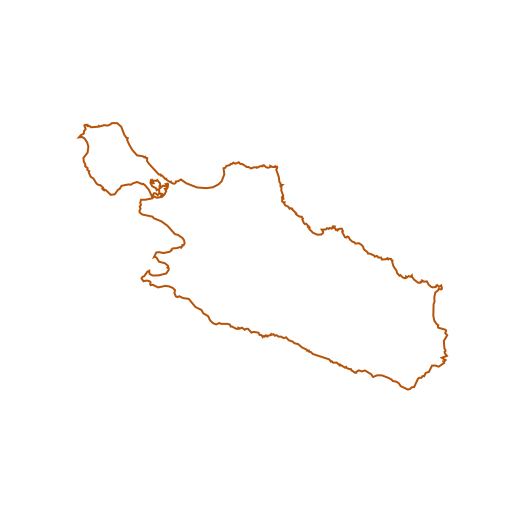 the district of Kangaroo Island, South Australia, Australia, rotated 215°
{"feature_id": "25037944B21501160534360", "entity_name": "Kangaroo Island", "entity_type": "district", "adm_level": 2, "iso_a3": "AUS", "parent_name": "Australia", "parent_adm1": "South Australia", "projection": "albers", "projection_center": [137.321, -35.824], "detail": "fine", "context": "isolated", "style": "outline", "palette": "amber", "viewbox_px": 512, "rotation_deg": 215, "n_neighbors": 0, "source": "geoboundaries", "source_scale": "gbopen_adm2", "svg_char_len": 6106}
<svg xmlns="http://www.w3.org/2000/svg" viewBox="0 0 512 512"><g transform="rotate(215 256 256)"><path d="M416.5,223.8L410.1,222.8L407.1,225.5L407.0,231.4L406.2,232.5L406.4,236.4L401.5,241.5L399.4,242.6L398.5,244.9L395.9,248.4L390.4,249.6L389.9,250.4L387.5,250.3L381.7,248.8L375.4,245.1L375.5,249.0L374.2,249.7L371.4,249.5L371.3,251.3L370.2,252.2L371.5,252.3L373.5,254.9L374.6,254.3L375.1,253.0L376.8,254.2L381.0,253.6L384.3,255.3L385.4,257.6L384.8,257.6L384.8,258.7L382.8,257.9L383.2,258.9L380.8,260.4L380.5,261.6L376.3,260.4L374.0,257.8L373.0,258.5L372.4,260.4L369.1,261.4L369.4,262.5L371.2,263.1L370.1,264.5L369.2,264.5L367.7,261.6L367.6,259.8L369.0,258.7L366.8,257.7L366.3,254.0L366.9,250.5L370.7,246.8L374.1,246.2L373.9,243.9L378.8,238.7L382.4,236.2L381.4,233.2L379.6,232.0L379.5,229.6L377.8,228.7L377.3,226.1L376.3,225.0L373.1,224.7L363.5,228.8L361.1,228.3L353.6,230.1L346.0,230.0L334.9,227.4L332.2,228.5L326.6,228.6L323.9,227.6L321.7,225.4L321.5,223.8L323.2,221.9L321.9,222.5L322.1,219.8L323.4,219.8L325.2,217.2L328.6,214.4L329.0,212.9L328.4,212.2L329.3,209.8L333.5,205.3L337.4,203.7L339.7,201.7L338.9,196.6L338.3,197.5L336.5,197.6L332.2,195.7L326.5,197.8L322.5,197.5L321.7,196.6L321.8,195.7L320.5,195.9L319.6,194.5L319.5,190.2L324.7,184.2L329.6,180.7L332.9,180.3L335.0,182.7L336.0,180.7L336.0,175.4L337.0,173.7L336.9,171.9L333.7,170.8L331.2,173.4L328.4,174.3L327.3,174.0L326.5,172.2L325.6,171.7L324.0,173.2L318.2,174.1L313.2,179.4L309.9,181.2L305.9,182.1L302.8,181.6L301.6,178.9L298.4,176.9L296.8,177.3L295.8,179.0L291.6,179.7L286.5,182.3L276.4,179.5L269.7,180.5L266.3,178.8L260.8,179.3L256.6,176.9L252.6,176.3L249.4,177.1L247.6,180.1L245.9,180.3L240.3,184.1L238.1,184.8L236.2,183.7L235.5,184.4L230.3,185.1L228.5,186.4L229.2,187.1L227.4,187.6L226.5,189.2L222.9,189.1L222.4,190.6L220.8,191.8L215.8,190.6L214.4,192.5L210.0,194.6L207.9,193.4L206.3,194.3L204.0,193.5L204.1,194.4L202.9,194.8L203.2,195.4L202.0,196.0L202.2,196.7L200.4,196.7L200.5,197.7L198.5,199.6L198.8,200.8L197.7,200.8L196.8,202.0L194.9,201.5L193.8,202.9L191.2,202.9L189.3,204.3L186.0,204.7L184.8,206.6L180.8,205.8L176.8,206.9L174.4,206.6L171.0,208.0L165.7,207.5L160.6,208.4L159.7,207.7L158.4,208.9L157.7,208.1L155.8,208.8L153.3,208.3L136.8,213.3L133.9,212.4L133.6,213.2L131.5,212.9L128.7,215.0L124.7,214.4L124.9,215.3L119.0,215.6L118.6,216.8L117.7,216.3L115.1,216.7L113.3,217.8L112.3,217.1L107.7,217.2L107.0,217.8L107.4,218.4L106.3,221.2L103.1,222.2L101.1,224.7L93.9,225.2L90.7,224.0L88.4,227.7L84.5,230.4L77.7,232.1L74.0,232.6L72.4,232.0L69.0,233.5L66.2,233.7L62.8,232.4L55.0,233.7L53.6,235.4L53.1,237.7L51.3,239.4L52.9,248.2L52.5,249.8L50.7,251.1L50.7,253.2L49.3,253.9L49.9,257.7L47.9,260.1L48.9,267.2L46.4,269.1L42.9,270.1L40.6,276.2L42.1,277.1L41.1,277.9L41.5,278.6L41.1,279.5L45.4,279.2L42.3,283.7L45.5,284.6L46.6,285.8L46.2,286.6L46.9,287.6L48.5,288.2L53.4,294.1L53.9,300.7L56.8,301.4L57.3,303.8L58.4,304.3L65.6,301.8L66.6,302.5L66.9,303.8L69.3,303.9L73.0,305.4L76.5,308.8L82.9,318.4L83.5,320.9L86.4,324.7L88.2,329.1L87.2,331.8L87.4,333.8L84.9,335.0L85.1,336.1L87.4,338.1L88.4,335.7L91.0,336.0L91.3,335.2L90.9,333.8L93.2,331.7L95.0,331.2L98.3,331.6L101.5,333.2L103.7,331.3L106.0,331.2L105.5,329.4L106.4,329.2L106.4,328.0L107.8,327.1L112.9,327.3L116.0,328.3L117.2,329.5L117.4,327.7L119.4,327.1L120.1,325.0L121.2,325.2L120.6,324.0L121.2,323.2L123.7,322.6L126.7,323.2L127.2,322.1L130.7,323.0L132.4,324.5L137.4,326.4L140.7,329.0L141.7,330.6L142.3,330.2L143.7,331.0L145.5,330.1L145.8,329.0L147.2,329.5L147.7,327.9L150.9,325.3L152.7,326.4L155.0,324.9L157.0,325.4L158.3,323.6L159.4,324.1L164.0,323.3L165.6,322.2L166.9,323.1L171.2,323.3L174.0,325.2L176.1,325.6L179.0,325.5L181.8,323.1L183.3,323.7L185.1,323.0L188.6,323.4L191.2,324.7L192.4,324.3L192.5,323.0L193.9,322.4L199.3,325.2L199.1,326.3L201.5,327.6L203.3,326.1L203.9,323.9L204.5,324.5L205.5,323.2L206.9,324.0L208.1,323.7L208.4,325.3L210.0,324.5L209.7,321.8L211.8,321.2L212.0,319.9L213.7,319.6L214.0,317.8L217.3,315.3L214.7,314.3L214.3,313.1L214.9,311.0L218.0,308.6L222.6,307.7L227.9,308.7L228.4,310.0L229.6,309.5L229.9,310.4L230.6,310.0L231.1,310.7L233.5,311.2L234.3,310.2L235.6,310.4L239.0,312.5L238.9,313.4L241.1,314.4L243.0,313.2L245.9,313.1L247.6,313.3L247.6,314.1L253.1,314.9L253.5,315.6L255.4,314.8L255.6,314.0L257.9,314.9L261.1,314.3L263.0,315.1L263.4,316.4L264.4,315.6L266.0,315.8L267.0,317.4L266.3,318.6L266.9,319.1L267.6,318.3L268.5,319.0L268.2,320.9L272.9,324.2L274.6,327.0L275.6,327.1L275.2,329.2L276.6,328.2L277.6,329.6L279.2,330.0L282.8,333.9L288.9,338.3L289.3,340.6L290.1,341.2L290.7,340.4L291.8,340.5L291.8,339.6L293.7,338.3L295.9,338.1L295.3,337.3L296.6,335.3L298.5,334.5L301.6,334.9L302.4,334.0L302.1,333.2L304.1,332.0L305.8,328.8L306.6,329.0L309.2,326.7L310.2,324.9L313.2,324.6L314.5,323.6L319.8,323.5L321.8,322.4L323.8,322.9L325.8,319.8L328.1,319.5L328.5,317.6L329.5,316.9L329.6,315.4L331.9,312.8L331.7,310.8L332.9,309.3L328.8,304.7L327.0,297.4L327.8,293.2L330.7,287.6L335.7,283.0L343.7,278.3L354.8,275.6L361.4,275.6L362.7,272.6L364.4,271.1L363.8,269.9L364.2,268.5L365.5,267.8L367.7,267.5L368.2,268.1L369.3,267.2L373.8,267.2L374.0,267.7L374.7,267.1L379.0,268.0L379.9,267.3L381.0,268.0L382.2,267.0L396.4,270.1L399.7,271.3L401.3,273.8L402.5,273.2L403.8,273.7L404.5,271.9L404.6,272.7L405.9,272.8L411.2,270.2L418.4,272.0L423.7,274.5L428.1,277.1L428.6,279.0L429.9,278.5L433.5,279.8L440.5,284.6L446.0,285.2L450.2,282.2L451.0,279.7L452.6,277.5L455.3,276.2L458.4,272.4L459.4,272.4L459.3,271.5L465.0,266.8L466.7,267.0L468.5,265.8L469.2,266.8L471.3,265.3L471.4,264.4L468.3,262.2L468.5,259.9L467.3,257.4L468.8,254.5L469.1,251.6L466.8,253.7L463.9,253.9L459.5,252.2L456.0,249.4L453.3,244.2L453.6,237.3L451.3,234.7L448.0,232.9L447.5,231.5L444.4,231.4L443.5,229.8L441.2,229.8L440.9,228.5L436.9,226.1L433.7,226.2L428.3,223.9L426.1,223.8L424.3,224.7L421.0,224.4L420.0,224.0L419.6,223.4L420.1,222.8L419.5,222.7L418.0,222.7L418.0,223.5L416.5,223.8ZM373.3,256.9L374.6,258.1L375.0,257.7L373.6,256.2L373.3,256.9ZM381.7,256.9L382.5,257.3L383.4,256.2L382.5,256.3L381.7,256.9ZM368.7,252.9L368.4,251.4L367.2,253.1L368.7,252.9Z" fill="none" stroke="#b45309" stroke-width="2"/></g></svg>